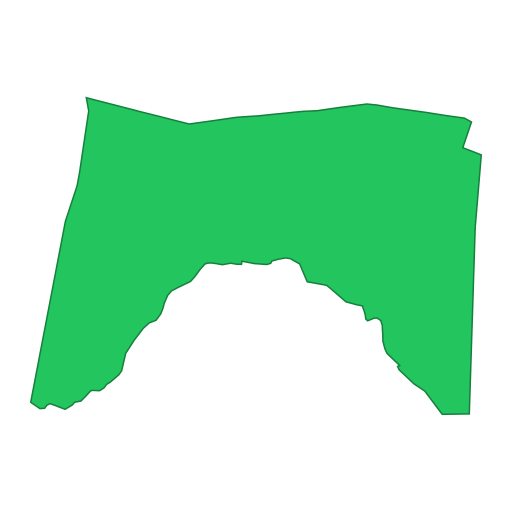 outline of Santiago Apóstol, Oaxaca, Mexico
{"feature_id": "50627088B59786847930457", "entity_name": "Santiago Apóstol", "entity_type": "district", "adm_level": 2, "iso_a3": "MEX", "parent_name": "Mexico", "parent_adm1": "Oaxaca", "projection": "albers", "projection_center": [-96.73, 16.793], "detail": "fine", "context": "isolated", "style": "filled", "palette": "green", "viewbox_px": 512, "rotation_deg": 0, "n_neighbors": 0, "source": "geoboundaries", "source_scale": "gbopen_adm2", "svg_char_len": 1657}
<svg xmlns="http://www.w3.org/2000/svg" viewBox="0 0 512 512"><path d="M65.4,221.3L30.7,402.3L39.9,408.6L44.6,408.3L46.8,405.3L50.1,403.6L65.1,409.3L72.3,405.0L74.7,402.2L80.9,401.1L86.3,395.6L90.6,390.9L92.5,390.4L99.6,390.7L104.0,387.9L106.6,384.4L110.2,382.2L115.9,377.3L119.1,374.5L121.7,370.6L125.7,353.4L134.2,340.2L143.2,328.4L149.1,323.0L156.0,320.3L160.7,314.0L162.9,308.4L164.2,303.5L167.7,295.3L171.5,290.9L178.0,287.5L190.6,281.4L195.1,276.3L200.3,269.2L204.8,264.1L207.7,263.1L211.7,263.0L216.8,263.7L222.3,264.7L230.7,263.2L236.5,264.2L241.5,264.3L241.9,261.2L254.4,263.6L266.9,264.5L270.7,263.3L271.9,261.0L278.9,259.1L282.6,258.5L284.9,258.1L285.7,257.9L290.4,258.7L299.7,264.0L307.2,281.8L326.6,285.3L329.8,287.9L345.9,301.8L356.0,304.6L362.6,306.0L363.0,308.0L363.9,310.1L365.2,314.7L365.8,319.1L367.7,320.8L374.1,318.2L377.0,318.0L380.8,320.6L382.3,325.6L382.4,329.3L382.8,335.0L382.9,341.1L384.9,348.8L387.1,353.5L390.5,356.8L399.7,365.5L397.6,366.4L399.1,369.8L414.0,383.9L424.8,391.1L442.2,414.3L469.3,413.9L475.2,227.4L481.3,154.9L462.8,147.7L471.5,122.0L464.4,118.1L444.9,115.4L425.4,112.3L392.8,107.8L376.9,105.0L366.9,104.0L340.7,107.3L319.2,110.4L318.7,110.6L316.8,110.7L314.8,110.8L312.6,110.9L310.7,111.0L302.3,111.4L301.6,111.5L294.1,112.2L287.6,112.9L280.5,113.6L278.8,113.8L277.0,113.9L269.5,114.7L260.7,115.6L257.9,115.9L251.0,116.3L239.2,117.1L236.7,117.3L233.7,117.7L214.5,120.5L212.3,120.8L189.2,124.0L171.3,119.5L161.2,116.9L141.2,111.9L137.0,110.8L134.0,110.0L111.9,104.3L100.9,101.5L91.2,99.0L86.3,97.7L88.7,110.9L88.7,111.0L79.6,172.2L77.1,185.8L65.4,221.3Z" fill="#22c55e" stroke="#15803d" stroke-width="1.5"/></svg>